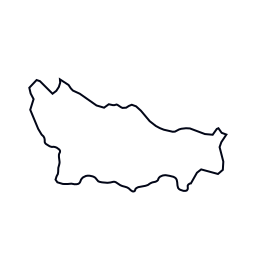 the Province of Savona, rotated 246°
{"feature_id": "ITA-5368", "entity_name": "Savona", "entity_type": "Province", "adm_level": 1, "iso_a3": "ITA", "parent_name": "Italy", "parent_adm1": "", "projection": "robinson", "projection_center": [8.236, 44.237], "detail": "fine", "context": "isolated", "style": "outline", "palette": "ink", "viewbox_px": 256, "rotation_deg": 246, "n_neighbors": 0, "source": "natural_earth", "source_scale": "10m", "svg_char_len": 1982}
<svg xmlns="http://www.w3.org/2000/svg" viewBox="0 0 256 256"><g transform="rotate(246 128 128)"><path d="M200.1,85.6L191.5,91.2L187.4,91.9L184.6,92.9L178.9,97.9L161.4,108.4L156.3,114.4L157.5,120.1L155.1,123.4L154.4,125.0L154.1,127.1L153.4,127.8L149.9,130.0L148.6,131.1L147.3,134.6L147.8,137.8L147.7,140.9L144.5,144.2L138.6,146.8L125.4,150.6L118.6,154.2L115.0,157.0L111.9,160.0L106.4,167.3L105.6,169.4L105.9,174.1L105.6,176.4L104.2,180.9L102.4,184.4L91.2,195.8L87.4,202.6L91.0,208.7L91.0,210.5L85.5,211.6L82.0,215.2L77.1,207.5L73.3,203.9L58.5,201.4L51.2,197.6L49.4,191.5L60.4,178.0L59.1,172.8L51.8,162.9L52.1,162.0L51.9,160.4L51.4,159.5L50.9,159.0L49.0,158.3L48.0,157.8L47.4,157.0L47.0,156.1L47.3,154.6L48.1,153.0L50.3,150.6L51.5,149.8L52.9,149.4L55.3,149.8L58.5,150.9L60.8,151.4L62.0,151.3L62.8,151.1L63.4,150.8L64.9,149.7L67.4,146.5L69.6,143.2L70.1,141.8L70.5,140.3L70.5,137.5L70.0,136.1L69.2,135.0L68.4,134.4L67.9,133.3L67.7,131.4L68.4,128.1L68.4,126.2L68.2,124.6L67.9,123.6L67.9,122.4L68.1,120.4L69.8,113.3L69.7,111.2L69.1,109.8L68.3,109.2L67.7,108.4L67.7,107.4L68.3,106.3L70.0,105.2L72.6,104.1L74.2,102.9L75.6,101.3L77.3,99.2L78.9,97.7L83.3,94.9L84.2,94.0L84.8,92.8L85.4,89.7L86.3,86.9L88.9,82.2L90.1,80.5L91.3,79.2L92.2,78.9L95.8,77.9L96.6,77.4L97.4,76.8L98.2,76.0L99.9,73.7L100.8,71.9L101.3,70.0L101.2,66.9L100.6,65.3L99.9,64.1L98.5,62.7L97.9,62.0L97.4,61.0L97.2,59.9L97.5,58.4L98.3,56.4L100.2,53.6L101.3,50.3L102.9,46.7L103.5,45.6L107.1,41.4L110.3,40.8L112.8,43.0L114.0,44.5L114.4,45.1L116.2,46.3L119.9,48.1L122.2,50.0L124.0,51.3L125.2,51.8L129.6,53.1L131.6,54.0L132.4,54.6L133.0,55.3L133.7,56.1L134.7,56.6L136.2,56.5L139.0,54.9L140.2,53.7L141.1,52.4L141.4,51.5L141.7,50.7L142.1,50.2L142.7,49.5L143.3,48.9L146.7,46.6L147.8,46.2L149.0,46.2L151.1,47.1L152.8,47.5L154.7,47.4L157.1,46.4L163.7,45.6L184.4,46.1L192.8,53.5L199.1,53.1L204.9,54.2L209.0,64.0L206.6,66.6L190.0,73.0L191.1,77.6L193.6,81.5L197.0,84.5L200.1,85.6Z" fill="none" stroke="#020617" stroke-width="2"/></g></svg>